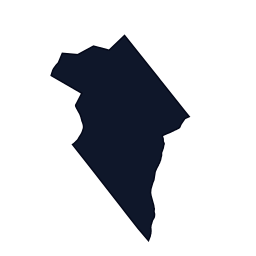 General Juan F.Quiroga, La Rioja, Argentina, rotated 230°
{"feature_id": "61730980B64076546006472", "entity_name": "General Juan F.Quiroga", "entity_type": "district", "adm_level": 2, "iso_a3": "ARG", "parent_name": "Argentina", "parent_adm1": "La Rioja", "projection": "orthographic", "projection_center": [-67.011, -30.806], "detail": "fine", "context": "isolated", "style": "filled", "palette": "ink", "viewbox_px": 256, "rotation_deg": 230, "n_neighbors": 0, "source": "geoboundaries", "source_scale": "gbopen_adm2", "svg_char_len": 2487}
<svg xmlns="http://www.w3.org/2000/svg" viewBox="0 0 256 256"><g transform="rotate(230 128 128)"><path d="M28.6,71.3L29.5,72.9L30.8,75.3L31.0,75.6L31.1,75.8L31.4,75.9L31.6,76.2L31.9,76.4L32.0,76.6L32.1,76.8L32.1,77.0L32.5,77.6L32.8,77.8L33.2,78.1L33.5,78.6L33.9,79.0L34.3,79.3L34.7,79.7L35.1,79.9L35.3,80.1L35.8,80.5L36.2,80.8L36.5,80.8L36.7,81.0L37.4,81.6L37.9,82.2L39.0,83.4L39.8,84.8L40.8,86.2L41.6,87.5L42.0,88.6L42.3,89.5L42.7,90.5L43.5,91.6L45.1,93.1L45.9,93.4L47.1,94.1L47.5,94.4L47.8,94.7L48.6,95.5L49.1,96.1L49.8,96.5L50.6,96.8L51.4,97.4L52.4,98.0L53.3,98.4L54.4,98.9L57.9,100.5L61.4,102.1L63.9,103.6L66.0,105.7L66.6,106.3L70.2,111.7L71.6,114.4L77.1,120.7L78.9,124.3L80.2,127.6L80.7,128.3L81.0,129.4L81.5,130.3L81.9,130.9L82.3,131.7L82.6,132.3L83.4,133.3L83.8,133.8L84.2,134.3L84.7,134.9L84.8,135.2L85.5,136.1L86.2,136.7L86.9,137.2L87.7,138.0L87.9,138.4L88.2,138.9L88.6,139.8L89.0,140.3L89.6,141.2L89.6,141.4L90.0,142.0L90.2,142.3L90.9,143.1L91.6,144.0L92.2,144.7L92.5,145.4L93.2,145.8L95.0,146.3L96.3,147.3L97.0,147.9L97.2,148.0L97.9,148.3L98.9,148.7L99.8,149.1L100.0,149.4L99.9,149.9L99.9,150.2L99.1,152.9L98.5,155.0L98.1,156.0L97.6,157.7L97.5,158.0L97.1,159.8L96.7,161.0L96.6,161.5L96.6,162.2L96.0,163.7L95.8,164.8L95.5,166.0L95.4,166.4L95.3,166.9L95.3,167.9L95.8,169.0L96.7,170.7L97.3,172.6L98.7,177.7L97.4,182.2L104.2,182.3L131.1,183.0L138.5,183.2L143.9,183.3L148.0,183.5L156.9,183.7L201.1,184.8L199.7,163.5L212.9,154.2L216.5,136.6L227.4,125.7L222.8,116.8L222.6,116.0L222.5,115.1L222.4,114.3L222.3,113.5L222.1,112.7L221.9,111.9L221.7,111.0L221.5,110.2L221.3,109.4L221.0,108.6L220.7,107.9L220.3,107.1L219.8,106.4L219.4,105.7L219.0,105.0L218.5,104.3L218.1,103.6L217.6,102.9L184.3,115.0L179.9,104.5L179.6,103.7L179.3,102.9L178.8,102.3L178.0,101.9L177.2,101.7L176.4,101.5L175.6,101.3L174.8,101.2L173.9,101.0L173.1,100.8L172.3,100.7L171.5,100.5L170.7,100.4L169.9,100.2L169.1,100.0L168.3,99.7L167.5,99.4L166.7,99.1L166.0,98.8L165.2,98.4L164.5,98.1L163.7,97.7L163.0,97.3L162.2,97.1L161.4,96.8L160.6,96.5L159.9,96.2L159.1,95.8L158.4,95.4L157.7,94.9L157.1,94.4L156.5,93.8L156.0,93.1L155.6,92.4L155.1,91.7L154.7,91.0L154.3,90.3L153.9,89.5L153.6,88.8L153.3,88.0L153.0,87.2L152.8,86.4L152.5,85.6L152.3,84.8L152.0,84.0L151.7,83.2L151.4,82.5L151.2,81.6L151.1,80.8L151.1,80.0L151.0,79.2L150.9,78.3L150.9,77.5L150.8,76.7L150.9,75.8L151.0,74.9L128.1,74.2L119.2,73.9L83.4,72.6L71.7,72.2L65.0,71.9L44.5,71.2L44.2,71.2L28.6,71.3Z" fill="#0f172a" stroke="#020617" stroke-width="1.5"/></g></svg>